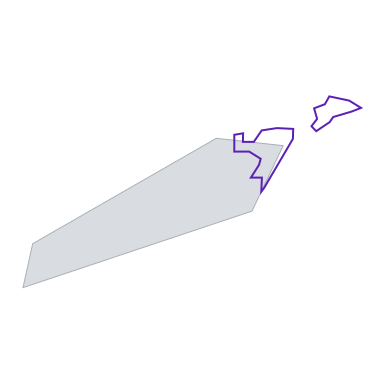 Anguilla, with East End highlighted
{"feature_id": "AIA-5115", "entity_name": "East End", "entity_type": "District", "adm_level": 1, "iso_a3": "AIA", "parent_name": "Anguilla", "parent_adm1": "", "projection": "mercator", "projection_center": [-62.977, 18.266], "detail": "fine", "context": "in_parent", "style": "outline", "palette": "violet", "viewbox_px": 384, "rotation_deg": 0, "n_neighbors": 0, "source": "natural_earth", "source_scale": "10m", "svg_char_len": 607}
<svg xmlns="http://www.w3.org/2000/svg" viewBox="0 0 384 384"><path d="M252.0,211.1L23.0,287.6L32.7,243.7L216.3,138.3L283.2,145.7L252.0,211.1Z" fill="#d9dde1" stroke="#a8b0b8" stroke-width="1"/><path d="M234.3,134.8L243.1,133.3L242.9,141.9L253.8,141.9L261.7,130.4L276.9,128.1L293.2,128.9L292.9,138.9L264.0,188.1L261.3,191.7L261.9,177.6L250.9,177.6L259.0,164.9L260.7,158.8L249.2,151.6L234.3,151.6L234.3,134.8ZM314.1,108.3L324.9,104.2L329.3,96.4L349.2,100.6L361.0,107.9L351.8,111.5L333.2,117.0L329.7,122.1L316.2,131.2L311.5,126.2L317.1,118.9L314.1,108.3Z" fill="none" stroke="#5b21b6" stroke-width="2"/></svg>